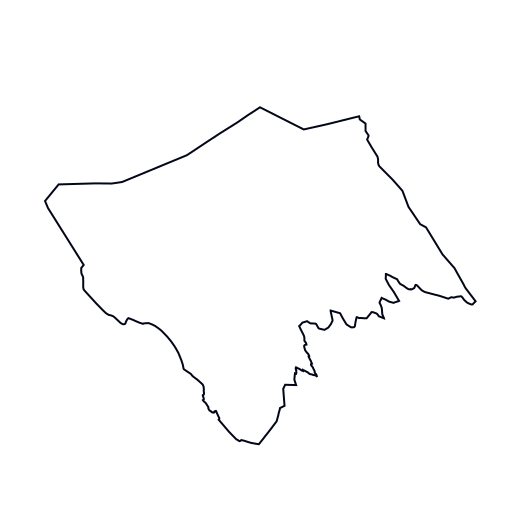 outline of Hattfjelldal nor, Nordland, Norway, rotated 239°
{"feature_id": "86288312B94479588968211", "entity_name": "Hattfjelldal nor", "entity_type": "district", "adm_level": 2, "iso_a3": "NOR", "parent_name": "Norway", "parent_adm1": "Nordland", "projection": "robinson", "projection_center": [13.925, 65.5], "detail": "fine", "context": "isolated", "style": "outline", "palette": "ink", "viewbox_px": 512, "rotation_deg": 239, "n_neighbors": 0, "source": "geoboundaries", "source_scale": "gbopen_adm2", "svg_char_len": 5949}
<svg xmlns="http://www.w3.org/2000/svg" viewBox="0 0 512 512"><g transform="rotate(239 256 256)"><path d="M98.3,155.6L97.7,156.2L95.7,158.6L95.1,159.2L93.2,161.5L96.0,169.0L97.2,171.9L97.4,172.7L97.7,173.5L99.0,176.8L99.9,179.1L100.5,180.7L100.6,181.0L100.9,181.6L102.7,186.1L103.6,188.3L104.0,188.9L105.2,190.1L105.7,190.7L106.8,191.8L108.3,193.4L109.0,193.9L112.6,197.7L113.3,198.2L112.9,203.3L123.3,208.5L128.1,210.9L130.6,214.7L124.7,223.9L130.3,225.2L135.3,228.9L134.4,229.6L135.3,230.6L136.5,231.1L136.8,231.4L137.2,231.4L137.6,231.7L138.1,231.7L138.4,231.9L139.0,232.0L139.2,232.3L139.1,232.5L139.6,232.6L139.6,232.8L139.8,233.0L139.6,233.1L139.2,233.4L139.2,233.5L138.7,233.7L138.4,233.9L138.1,234.2L136.8,235.0L136.4,235.3L136.2,235.4L134.9,235.9L134.6,236.2L134.2,236.3L134.0,236.5L133.9,236.6L133.3,237.0L133.7,237.3L134.3,237.3L134.4,237.5L133.3,237.8L133.2,238.0L133.1,238.3L132.8,238.5L129.6,240.4L127.3,241.2L127.1,241.4L126.7,241.7L126.0,242.6L125.4,243.2L124.7,243.6L123.9,244.6L123.0,245.5L122.1,245.9L121.7,246.0L121.7,246.3L121.9,246.3L122.5,246.4L123.2,246.6L123.9,246.6L124.3,246.4L124.6,246.4L125.1,246.3L125.5,246.3L126.2,246.4L126.8,246.8L128.0,247.1L129.8,247.1L130.7,247.3L132.0,247.3L133.2,247.1L134.1,247.0L134.3,247.1L134.9,247.4L135.1,247.6L135.1,247.9L135.2,248.2L135.0,248.5L136.0,248.7L136.6,248.7L137.1,248.8L137.4,248.8L137.7,249.0L138.2,248.9L139.7,249.1L140.0,249.0L141.9,249.2L142.6,249.2L142.9,249.4L143.2,249.7L143.0,250.1L143.4,250.2L144.9,250.3L145.6,250.3L146.2,250.0L146.8,249.9L148.3,249.7L149.7,249.6L150.4,249.7L151.6,250.1L152.3,250.2L154.1,250.9L154.4,251.3L154.5,251.7L154.6,252.0L154.5,252.4L154.2,253.2L154.1,253.6L154.5,253.7L155.0,253.9L155.7,254.1L158.4,253.8L159.6,254.6L160.3,254.9L160.9,255.3L162.4,255.9L165.0,256.2L168.6,256.4L173.7,256.9L174.1,258.8L175.0,261.4L174.3,264.2L173.8,266.2L170.6,267.7L170.2,268.0L168.7,270.3L167.7,271.7L167.4,272.1L167.0,272.4L166.6,272.5L164.9,272.5L162.0,272.4L161.3,272.7L157.9,276.2L157.4,276.8L157.4,280.7L157.6,281.7L159.2,285.4L160.5,287.3L161.0,288.2L161.9,288.7L170.4,291.6L170.8,291.9L166.4,296.0L165.7,296.6L163.8,298.5L163.4,298.6L157.7,298.3L151.6,298.3L150.4,298.5L146.4,300.5L145.7,301.0L144.8,302.6L144.6,303.2L144.5,303.6L144.7,304.2L145.0,304.7L146.5,305.9L148.7,307.8L151.7,310.7L151.7,310.9L150.3,312.0L149.8,312.3L148.6,314.3L147.3,316.1L145.7,318.6L145.7,318.9L147.4,323.6L148.2,325.7L148.4,326.1L148.3,326.4L147.4,327.5L144.9,329.5L144.4,329.8L142.8,330.2L141.3,330.2L140.8,330.4L140.0,331.1L136.7,333.6L137.0,333.7L140.9,334.2L146.6,337.0L149.7,337.6L152.2,337.8L152.6,338.0L153.4,339.2L154.6,341.0L155.4,342.1L155.1,342.3L154.3,342.8L151.9,344.6L148.3,346.6L145.2,349.6L145.0,349.8L144.7,351.5L143.9,354.8L143.8,355.5L154.1,355.6L162.7,355.0L169.3,355.4L169.8,355.5L172.1,357.1L173.7,358.1L173.6,358.3L173.3,358.5L169.7,361.0L167.8,362.0L166.0,363.2L163.4,365.0L161.4,364.9L158.2,365.1L157.8,365.2L156.6,365.9L154.4,367.2L151.1,368.5L150.0,369.1L149.5,369.3L148.5,370.1L148.0,371.4L147.4,371.6L147.2,372.7L147.0,375.0L147.4,375.7L148.6,377.2L149.0,377.9L148.6,378.4L147.9,378.9L141.6,380.3L140.5,380.8L138.6,381.9L137.6,382.7L136.3,384.0L133.5,386.7L132.1,388.1L130.5,389.6L129.7,390.5L127.3,392.8L120.4,398.8L120.1,402.1L118.4,404.2L117.8,406.6L117.4,407.7L115.9,411.0L115.6,411.2L114.0,411.6L111.2,411.8L107.7,412.8L107.0,413.2L105.5,414.1L103.7,415.5L103.1,416.2L103.0,416.9L103.3,417.8L104.1,420.9L119.4,419.2L120.1,419.1L122.8,419.1L124.2,419.3L138.4,419.7L143.3,419.9L154.5,417.9L159.7,417.0L161.0,416.7L193.0,416.5L198.7,413.1L210.2,412.5L219.5,412.0L236.5,415.1L251.2,412.4L257.2,410.9L263.3,409.4L269.5,407.9L271.5,408.1L272.3,408.4L273.2,408.7L274.5,409.5L275.9,410.4L278.5,411.3L289.7,411.1L298.5,411.2L300.9,414.3L301.5,414.6L302.3,414.5L306.8,414.3L308.9,415.6L313.1,418.1L319.6,415.3L322.6,416.4L324.5,410.4L332.3,384.9L339.9,362.1L381.4,336.0L380.9,321.6L380.1,309.1L379.7,289.0L379.1,273.3L378.0,248.7L388.4,179.3L392.4,169.7L401.0,155.7L419.0,123.7L416.8,117.5L411.8,103.5L404.3,102.4L337.1,103.7L335.7,100.0L335.4,99.8L335.0,99.6L334.9,99.5L334.5,99.3L334.4,99.2L334.0,98.9L333.5,98.7L333.3,98.5L332.7,98.3L332.1,97.9L331.2,97.5L329.6,97.2L329.1,97.1L328.5,97.2L328.0,97.1L327.2,96.9L326.4,96.7L326.1,96.4L325.4,96.1L325.2,95.9L324.0,95.3L323.6,95.0L323.0,94.8L322.2,94.2L318.2,91.8L316.9,91.3L316.2,91.1L315.8,91.1L315.2,91.1L308.2,92.5L297.8,94.6L288.5,96.8L285.5,97.6L284.7,97.8L283.9,98.1L281.4,99.4L280.0,100.9L279.3,101.5L278.1,102.4L277.7,102.6L276.2,103.2L275.6,103.4L269.5,105.1L268.3,105.5L267.0,106.1L266.0,106.9L265.5,107.7L265.4,108.0L265.3,108.3L265.3,108.9L265.5,109.4L266.5,110.5L267.1,111.4L267.9,112.7L268.4,114.2L268.4,114.7L264.3,117.9L261.8,119.6L258.4,122.1L257.7,122.8L256.5,123.8L256.1,124.2L256.0,124.4L256.0,125.2L253.8,129.4L253.3,129.8L250.7,131.8L247.8,133.6L243.4,135.5L241.2,136.3L240.2,136.6L232.9,138.3L230.4,138.7L226.2,139.3L223.4,139.5L219.9,139.7L217.5,139.7L212.5,139.5L205.0,138.3L200.6,137.3L197.3,136.1L196.8,135.9L196.3,135.9L195.7,136.0L188.5,139.4L187.5,139.6L186.6,139.6L186.2,139.7L186.1,139.8L185.9,139.9L185.1,140.0L180.0,142.1L173.7,144.0L173.2,144.1L171.5,143.9L170.5,143.6L169.0,142.8L168.1,142.4L167.9,142.2L167.5,141.8L165.0,140.7L164.6,140.4L164.3,140.1L164.1,139.7L164.2,139.0L164.1,138.7L163.8,138.5L163.4,138.4L161.7,138.1L160.8,137.8L160.2,137.5L160.0,137.4L159.8,136.7L159.8,136.3L158.6,136.3L158.2,136.5L157.7,136.6L156.2,137.1L155.5,137.2L151.7,137.3L150.9,137.3L150.2,136.8L150.0,136.7L148.6,136.5L148.0,136.6L147.2,136.7L146.4,137.3L144.8,137.7L144.6,138.1L143.8,138.6L143.9,139.0L143.4,139.7L143.4,139.8L144.2,140.6L144.0,141.5L143.8,141.9L143.4,141.9L140.0,141.4L136.0,141.0L135.3,140.7L135.1,140.4L134.9,139.7L118.8,142.4L109.1,144.7L108.4,145.1L107.4,145.7L106.4,146.1L105.9,146.4L105.7,146.7L105.6,147.7L105.8,148.6L105.7,148.8L104.6,149.8L103.7,150.8L101.1,153.0L98.5,155.4L98.3,155.6Z" fill="none" stroke="#020617" stroke-width="2"/></g></svg>